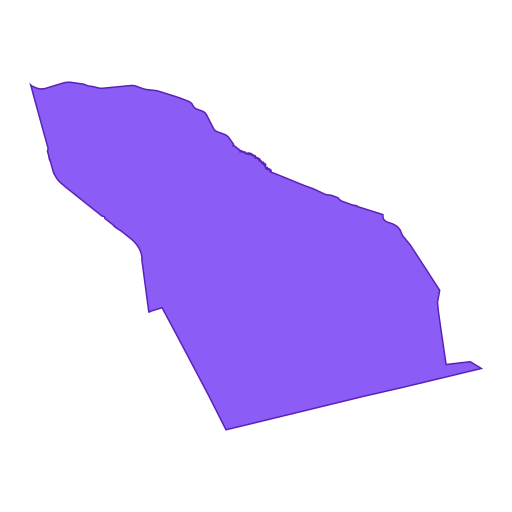 Asten, Noord-Brabant, Netherlands (Natural Earth projection)
{"feature_id": "6326949B72042777534396", "entity_name": "Asten", "entity_type": "district", "adm_level": 2, "iso_a3": "NLD", "parent_name": "Netherlands", "parent_adm1": "Noord-Brabant", "projection": "natural_earth1", "projection_center": [5.775, 51.387], "detail": "fine", "context": "isolated", "style": "filled", "palette": "violet", "viewbox_px": 512, "rotation_deg": 0, "n_neighbors": 0, "source": "geoboundaries", "source_scale": "gbopen_adm2", "svg_char_len": 5386}
<svg xmlns="http://www.w3.org/2000/svg" viewBox="0 0 512 512"><path d="M226.0,429.8L362.9,396.5L404.2,387.0L463.7,372.7L481.3,368.5L480.4,367.9L470.4,361.8L470.2,361.7L469.4,361.8L457.4,363.2L446.1,364.5L443.7,348.1L441.2,331.2L439.3,317.8L438.5,312.2L437.5,302.4L439.7,290.3L434.5,282.3L428.5,273.0L410.5,245.3L402.6,235.6L401.8,234.1L400.6,230.9L400.2,230.1L399.2,228.8L398.4,227.7L397.1,226.6L396.0,225.7L394.6,224.9L393.1,224.1L392.1,223.7L388.2,222.4L386.6,221.8L385.8,221.3L385.0,220.7L384.6,220.4L384.0,219.7L383.5,218.9L383.3,218.4L383.0,217.6L383.0,217.0L382.9,214.6L368.7,210.1L356.9,206.4L356.9,205.9L354.9,205.3L354.7,205.6L354.4,205.6L349.6,204.0L341.5,201.0L340.6,200.6L338.2,198.1L337.9,197.8L337.6,197.6L331.5,195.3L326.0,194.6L323.8,193.7L315.5,189.8L312.4,188.4L312.4,188.5L302.7,184.9L300.0,183.8L299.9,183.8L298.9,183.4L298.6,183.2L298.3,183.1L297.6,182.8L276.5,174.2L272.9,172.8L272.1,172.6L270.5,171.9L270.5,171.7L270.4,171.6L269.9,171.4L270.0,171.2L270.7,171.3L270.8,171.2L270.4,170.7L270.5,170.6L270.9,170.6L271.1,170.6L271.0,170.3L270.4,170.0L270.4,169.9L270.3,169.6L270.1,169.4L269.5,169.2L269.3,169.0L269.2,169.0L268.7,169.4L268.4,169.4L268.5,168.6L268.3,168.5L267.6,168.6L267.4,169.4L267.4,169.5L267.2,169.4L267.0,168.8L266.8,168.6L266.2,168.8L265.8,168.4L265.8,168.2L266.4,167.9L266.5,167.9L266.8,168.1L267.0,168.0L267.2,167.6L267.0,167.3L266.8,167.2L266.0,167.2L264.7,166.4L264.6,166.1L264.9,165.5L265.4,165.3L265.6,165.2L265.8,164.8L265.3,164.4L264.8,163.4L264.7,163.4L264.3,163.9L264.2,164.0L263.8,164.2L263.8,163.7L263.7,163.4L263.4,163.2L263.2,163.5L262.9,163.8L262.8,163.7L262.8,163.3L263.0,162.9L263.1,162.4L263.1,162.1L262.8,162.1L262.2,162.4L262.1,162.5L261.8,162.9L261.7,162.9L261.4,162.7L261.5,162.3L261.6,162.1L260.7,161.3L260.8,161.1L261.0,161.0L260.9,160.9L260.9,160.7L260.5,160.6L260.3,160.5L260.2,160.6L260.2,160.9L260.0,161.0L259.3,161.0L259.3,160.8L259.3,160.7L259.4,160.4L259.5,160.3L259.5,160.1L258.9,159.6L259.1,159.5L259.8,159.5L260.0,159.5L260.0,159.4L259.9,159.2L259.6,159.0L259.4,158.8L259.2,158.8L258.8,159.0L258.5,159.0L257.8,158.9L257.6,158.8L257.6,158.7L257.9,158.4L258.0,158.2L258.0,157.9L257.5,157.9L257.0,158.1L256.8,158.1L256.6,157.6L256.4,157.5L256.2,157.6L255.9,157.8L255.8,158.0L255.6,158.0L255.2,157.9L255.3,157.8L255.6,157.3L255.8,157.0L255.8,156.9L255.5,156.6L255.4,156.2L255.1,156.2L255.0,156.3L254.9,156.6L254.7,156.7L254.4,156.5L254.5,156.2L254.9,155.8L254.9,155.7L254.4,155.7L253.8,155.6L253.6,155.5L253.4,155.0L253.3,154.9L253.0,154.9L252.8,154.9L252.7,155.0L252.4,155.6L252.2,155.7L251.9,155.1L252.3,155.0L252.3,154.9L252.1,154.4L251.7,153.8L251.3,153.6L251.1,153.6L250.8,153.7L250.6,154.1L250.2,154.2L250.1,153.9L249.8,153.8L249.6,154.4L249.5,154.5L249.4,154.6L249.2,154.5L249.2,154.1L249.4,153.9L249.5,153.5L249.7,153.2L248.6,153.0L248.3,152.9L248.2,153.0L248.4,153.5L248.1,153.7L247.8,154.0L247.7,153.9L247.8,153.5L247.7,153.3L247.6,153.2L247.3,153.4L246.8,153.9L246.7,153.9L246.5,153.7L246.3,153.1L246.2,153.1L246.0,153.6L245.9,153.7L245.7,153.7L245.4,153.4L245.1,153.1L245.3,152.8L245.3,152.6L245.3,152.3L245.2,152.2L245.1,152.3L244.9,152.6L244.7,152.6L244.6,152.0L244.3,151.8L243.7,151.8L243.3,151.8L243.0,152.0L242.9,152.3L242.7,152.3L242.6,152.1L241.8,151.5L241.8,151.4L242.0,151.2L242.0,150.9L241.8,150.8L241.5,151.0L241.2,151.4L240.9,151.6L240.6,151.7L240.2,151.7L240.4,151.3L240.5,151.0L240.4,150.8L240.1,150.3L239.8,150.2L239.1,149.9L239.1,149.5L239.0,149.3L238.8,149.1L237.4,148.7L236.8,147.9L236.8,147.6L236.7,147.4L236.2,147.3L235.9,147.2L235.4,146.7L234.9,146.4L234.7,146.1L234.4,145.9L233.8,145.7L233.0,145.7L232.9,145.6L233.3,145.2L233.5,144.9L233.5,144.4L233.4,144.1L228.6,137.3L227.8,136.5L227.3,136.0L226.1,135.2L225.1,134.7L224.4,134.3L217.4,131.8L216.8,131.6L215.8,131.0L215.3,130.6L214.6,130.0L214.1,129.4L213.8,129.0L206.4,114.6L205.7,113.6L205.2,113.0L204.7,112.5L204.1,112.1L203.0,111.4L196.8,109.1L196.2,108.9L194.9,108.0L194.3,107.6L193.7,106.8L193.1,106.0L192.4,104.5L191.8,103.6L190.7,102.6L189.8,102.0L188.3,101.2L181.6,98.6L180.5,98.2L175.8,96.6L158.3,91.1L157.1,90.8L156.0,90.6L146.3,89.5L145.4,89.3L143.6,88.9L135.3,85.9L134.3,85.7L132.9,85.5L131.0,85.5L103.1,88.2L101.7,88.3L100.6,88.3L99.4,88.1L97.8,87.8L96.0,87.3L94.4,86.9L93.2,86.6L88.5,86.0L87.5,85.7L84.9,84.6L84.1,84.3L82.8,84.0L70.7,82.3L69.6,82.2L67.2,82.3L65.4,82.5L64.3,82.7L62.1,83.3L45.5,88.4L43.5,88.8L41.7,88.9L40.5,88.9L39.2,88.7L37.7,88.4L36.5,88.0L32.5,86.3L31.6,85.7L30.7,84.9L32.1,89.9L32.6,92.1L45.9,140.4L48.1,148.2L48.1,148.7L47.6,150.6L47.5,151.4L48.9,156.4L49.0,157.9L49.1,158.2L49.4,158.2L49.8,159.6L49.5,159.7L49.6,160.0L49.8,160.0L50.3,161.2L53.4,172.2L54.0,173.6L55.4,176.1L55.9,177.0L56.5,178.0L58.0,180.0L59.0,181.2L60.3,182.5L62.6,184.5L64.4,186.0L65.0,186.6L67.4,188.5L101.9,216.0L102.3,216.2L103.3,216.3L104.0,216.6L104.4,216.9L104.8,217.4L104.9,218.4L112.7,224.6L114.5,226.2L114.3,226.4L114.6,226.6L115.3,227.0L116.0,227.6L115.9,227.7L116.2,227.9L116.3,227.8L116.6,228.0L116.7,227.9L119.3,230.0L120.0,230.1L132.2,239.8L134.0,241.6L135.3,243.0L136.5,244.5L137.6,246.0L138.3,247.0L139.2,248.6L140.2,250.7L140.6,251.8L141.2,253.5L141.6,255.2L141.8,256.4L142.1,258.4L141.8,259.0L141.8,259.4L148.8,312.0L149.7,312.0L149.8,311.6L150.2,311.4L155.3,309.8L162.1,307.7L175.2,332.2L183.0,346.9L190.7,361.5L195.4,370.4L208.8,395.8L226.0,429.8Z" fill="#8b5cf6" stroke="#5b21b6" stroke-width="1.5"/></svg>